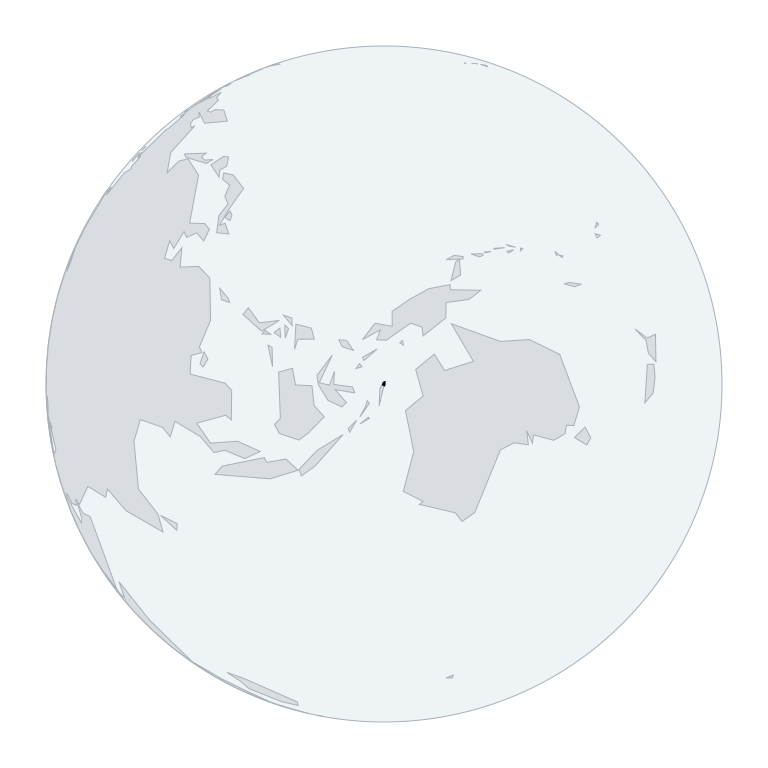 Lautém highlighted on a globe, orthographic projection, rotated 309°
{"feature_id": "TLS-553", "entity_name": "Lautém", "entity_type": "District", "adm_level": 1, "iso_a3": "TLS", "parent_name": "East Timor", "parent_adm1": "", "projection": "orthographic", "projection_center": [126.937, -8.535], "detail": "coarse", "context": "on_globe", "style": "filled", "palette": "ink", "viewbox_px": 768, "rotation_deg": 309, "n_neighbors": 0, "source": "natural_earth", "source_scale": "10m", "svg_char_len": 7194}
<svg xmlns="http://www.w3.org/2000/svg" viewBox="0 0 768 768"><g transform="rotate(309 384 384)"><circle cx="384" cy="384" r="338" fill="#eef3f6" stroke="#a8b0b8"/><path d="M643.5,447.5L643.3,450.1L642.9,450.3L643.5,447.5ZM561.0,96.1L566.2,99.5L566.7,101.5L559.3,95.1L555.1,92.6L561.0,96.1ZM553.0,91.4L550.2,90.1L543.4,86.3L537.9,83.8L530.0,79.7L526.3,77.5L553.0,91.4ZM520.8,75.0L519.2,74.4L510.1,70.8L513.1,71.7L520.8,75.0ZM506.3,69.0L498.1,65.9L497.1,65.6L506.3,69.0ZM695.9,265.3L693.1,257.8L695.9,262.8L695.9,265.3ZM690.7,253.2L691.8,255.7L690.7,253.6L690.7,253.2ZM689.4,251.6L690.3,252.8L689.6,252.2L689.4,251.6ZM688.0,250.4L688.6,250.7L688.7,251.0L688.0,250.4ZM684.8,246.3L683.9,245.1L684.3,244.6L684.8,246.3ZM538.6,84.2L540.5,85.4L536.9,83.7L538.6,84.2ZM521.4,76.2L515.0,73.6L520.9,75.7L521.4,76.2ZM510.8,71.8L495.2,66.6L498.2,68.4L481.0,61.3L499.9,67.5L506.8,69.6L506.3,69.8L510.8,71.8ZM473.9,58.7L469.6,57.5L473.4,58.4L473.9,58.7ZM268.7,66.4L268.9,66.3L273.2,64.8L276.1,63.8L277.3,63.4L276.6,64.2L279.8,63.1L281.3,62.3L288.6,59.9L301.3,56.4L300.4,56.8L295.7,58.1L284.3,62.2L271.9,66.6L272.8,66.5L283.4,63.0L297.2,57.8L305.1,55.7L299.7,57.5L302.3,56.6L305.9,55.8L308.6,55.6L315.1,53.6L356.3,47.6L365.7,48.0L356.2,49.4L384.1,49.3L392.4,52.0L393.8,50.9L408.0,51.6L405.6,50.6L407.3,50.3L442.8,54.4L450.4,56.5L467.2,59.3L467.9,59.0L463.2,57.4L481.0,61.3L498.2,68.4L495.8,68.4L508.3,73.9L500.9,73.6L500.5,76.7L485.1,74.8L486.2,78.3L491.0,80.1L496.1,87.1L489.8,96.9L473.7,80.4L478.9,69.1L475.0,72.4L469.6,69.5L464.3,69.7L462.0,72.9L465.6,74.4L429.8,72.5L411.8,82.5L428.4,84.4L435.6,90.1L429.7,108.4L386.7,131.7L395.9,143.8L394.4,150.9L381.8,153.9L383.6,143.3L373.7,138.3L376.7,132.6L357.0,135.3L360.4,127.3L343.5,134.4L346.5,141.4L362.6,141.1L346.5,152.0L358.8,165.9L356.7,182.0L324.3,209.2L296.5,217.2L294.0,222.7L284.8,216.1L269.7,227.0L284.6,259.9L283.2,269.6L260.0,288.0L260.1,280.6L235.6,263.0L228.9,286.5L247.3,306.2L253.6,330.2L238.4,322.7L232.3,301.9L223.7,295.1L227.6,274.4L223.5,245.0L208.3,251.1L211.0,239.4L203.0,217.0L182.1,225.8L147.8,259.3L140.6,290.3L129.9,305.4L123.2,263.2L128.4,235.1L120.8,239.0L118.2,218.3L98.8,223.1L100.6,216.6L96.0,221.3L94.9,216.6L99.5,206.3L96.7,208.7L85.7,236.2L89.2,234.0L98.5,220.5L94.3,231.2L96.0,239.1L77.6,270.0L56.4,305.3L62.1,282.8L68.0,264.2L77.4,241.9L88.4,220.3L100.9,199.6L114.8,179.7L130.1,161.0L146.7,143.4L164.6,127.0L183.6,112.0L203.5,98.3L224.5,86.1L246.2,75.4L268.7,66.4ZM60.4,286.8L56.0,306.9L54.8,311.1L54.7,316.8L63.6,302.4L61.9,310.3L53.0,350.0L47.5,409.3L52.7,443.4L59.8,474.0L66.2,498.9L75.7,521.8L80.0,531.6L69.9,508.6L61.5,484.9L54.9,460.7L50.1,436.0L47.2,411.0L46.1,385.9L46.9,360.8L49.5,335.8L54.0,311.1L60.4,286.8ZM84.4,540.3L87.4,545.9L88.2,547.3L84.4,540.3ZM122.3,171.7L126.6,170.3L138.4,154.9L141.0,153.4L144.0,149.1L139.2,153.8L148.7,142.4L155.5,136.8L162.0,130.7L160.8,131.0L146.9,143.3L133.2,159.1L126.4,166.5L122.3,171.7ZM194.6,617.2L201.5,621.1L198.5,622.1L194.6,617.2ZM67.0,460.4L82.4,516.9L80.1,519.5L72.7,504.4L62.3,471.0L62.7,459.1L61.0,443.3L67.0,460.4ZM337.8,390.5L348.3,392.7L348.0,394.3L337.8,390.5ZM326.8,384.3L338.6,385.5L324.9,387.7L326.8,384.3ZM343.2,386.0L355.3,383.7L360.5,381.5L359.6,384.8L343.2,386.0ZM318.9,384.0L276.9,382.1L260.6,377.6L264.2,371.7L290.5,373.8L318.9,384.0ZM262.9,371.5L238.5,355.1L207.5,309.6L218.5,310.0L251.4,337.3L249.3,342.2L264.0,355.0L262.9,371.5ZM323.2,343.4L320.9,358.2L297.4,355.9L286.9,353.1L279.7,333.9L283.7,324.4L292.2,325.0L326.9,294.6L338.6,303.0L327.6,315.8L337.3,329.1L323.2,343.4ZM141.3,293.1L145.3,311.2L139.9,315.0L141.3,293.1ZM342.1,273.9L327.3,286.5L341.2,269.4L342.1,273.9ZM351.0,257.9L351.3,264.6L346.2,257.7L351.0,257.9ZM292.6,231.4L283.5,232.8L283.8,228.3L295.7,224.0L292.6,231.4ZM355.0,196.1L352.7,208.5L350.2,212.7L347.2,204.8L355.0,196.1ZM351.3,47.9L357.7,47.2L359.7,47.2L358.5,47.3L351.3,47.9ZM357.2,47.1L351.9,47.7L351.2,47.7L357.2,47.1ZM565.0,576.3L569.3,581.2L559.7,590.5L546.4,598.8L533.5,598.6L565.0,576.3ZM464.2,579.9L462.3,565.7L477.0,567.4L472.2,578.7L464.2,579.9ZM574.3,570.2L582.8,560.1L584.7,544.4L585.3,559.6L593.5,563.7L572.4,581.3L574.3,570.2ZM406.1,515.9L341.2,535.4L326.3,531.2L328.8,520.5L312.7,487.3L317.4,488.2L312.7,466.6L350.3,449.6L376.8,417.5L399.3,421.9L415.3,399.5L438.9,404.3L432.6,422.6L457.9,439.2L473.2,398.4L490.4,447.8L510.0,468.9L517.6,501.9L489.1,550.4L471.1,557.7L466.8,551.6L459.5,556.0L447.1,551.4L438.5,532.1L431.4,536.6L437.5,524.2L427.6,534.5L420.3,522.2L406.1,515.9ZM575.4,461.3L579.3,463.8L585.9,474.6L579.6,471.0L575.4,461.3ZM633.7,453.5L635.7,458.5L631.6,457.8L633.7,453.5ZM642.9,450.3L637.9,449.9L643.5,447.5L642.9,450.3ZM594.1,438.7L596.2,442.4L594.7,443.0L594.1,438.7ZM592.5,437.2L594.6,433.1L594.5,437.9L592.5,437.2ZM573.3,406.3L575.5,404.5L576.6,406.6L573.3,406.3ZM363.8,394.1L378.2,383.4L386.3,383.2L363.8,394.1ZM569.8,400.3L564.0,398.4L564.5,396.1L569.8,400.3ZM570.0,394.7L569.2,391.0L573.1,400.1L570.0,394.7ZM558.7,384.1L565.9,392.0L558.0,384.7L558.7,384.1ZM554.6,383.9L549.5,380.0L549.8,379.1L554.6,383.9ZM499.0,376.3L517.8,400.3L503.1,396.7L486.4,381.0L474.2,390.5L445.9,384.1L452.1,377.9L448.1,366.4L419.5,358.2L413.7,350.5L423.7,347.1L405.1,339.4L425.5,338.8L434.0,354.1L445.6,344.6L466.0,350.6L486.2,358.8L502.8,372.8L499.0,376.3ZM426.0,370.3L429.5,370.8L426.5,374.7L426.0,370.3ZM539.8,369.7L547.2,378.5L546.4,380.1L542.8,378.1L539.8,369.7ZM506.6,371.0L524.3,362.8L528.5,364.0L516.9,375.0L506.6,371.0ZM519.8,354.1L528.2,357.6L532.8,365.4L531.0,366.8L519.8,354.1ZM384.4,352.2L383.6,356.1L378.4,352.5L384.4,352.2ZM391.1,350.5L406.9,356.6L389.7,353.7L391.1,350.5ZM344.3,332.8L348.7,342.4L362.8,337.5L352.0,345.2L361.9,361.4L358.7,367.0L348.9,349.5L345.9,366.6L339.7,365.8L336.0,350.8L342.2,333.3L348.4,326.5L374.0,325.6L344.3,332.8ZM390.9,339.1L386.7,328.0L389.9,321.2L394.3,327.3L390.9,339.1ZM375.0,301.6L364.6,288.9L354.7,292.6L375.1,277.9L381.7,292.4L375.0,301.6ZM366.9,275.1L357.5,278.3L367.5,269.8L366.9,275.1ZM355.4,274.3L354.9,266.3L362.0,267.9L355.4,274.3ZM371.6,275.9L374.2,262.5L377.3,270.8L371.6,275.9ZM353.1,248.6L367.5,262.6L348.0,255.6L349.3,230.7L357.8,230.7L353.1,248.6ZM414.1,161.5L413.2,155.5L421.5,155.3L419.8,159.4L414.1,161.5ZM447.6,151.8L423.4,153.4L403.8,156.2L409.0,159.4L402.9,168.9L396.2,158.7L411.3,149.6L425.8,149.5L429.7,142.2L441.4,138.8L441.5,129.6L447.2,126.7L451.6,135.3L447.6,151.8ZM440.9,125.7L445.4,111.5L460.2,116.2L462.5,120.4L454.3,124.6L446.9,121.8L440.9,125.7ZM450.8,109.7L443.7,107.2L435.4,87.1L437.3,84.3L451.5,100.5L445.6,99.2L445.1,103.8L450.8,109.7ZM470.0,57.8L469.6,57.5L472.7,58.5L470.0,57.8ZM405.6,49.8L408.5,49.5L412.0,50.2L405.6,49.8ZM418.3,49.5L412.4,48.8L419.1,49.3L418.3,49.5ZM399.1,47.9L410.2,48.5L399.0,48.3L399.1,47.9Z" fill="#d9dde1" stroke="#a8b0b8" stroke-width="1"/><path d="M382.5,383.4L382.8,383.3L383.2,383.3L383.4,383.2L384.0,382.7L384.3,382.7L384.4,382.8L384.8,383.0L385.0,383.0L385.3,382.9L385.5,382.8L385.7,383.0L385.8,383.0L386.0,383.1L386.2,383.3L385.7,383.7L385.4,384.0L384.9,384.4L384.5,384.8L384.4,384.8L384.0,384.9L383.6,385.2L383.5,385.3L382.8,385.3L382.8,385.1L383.0,384.7L383.3,384.5L383.2,384.4L383.1,384.2L382.8,384.0L382.8,383.9L382.7,383.7L382.5,383.4Z" fill="#0f172a" stroke="#020617" stroke-width="1.5"/></g></svg>